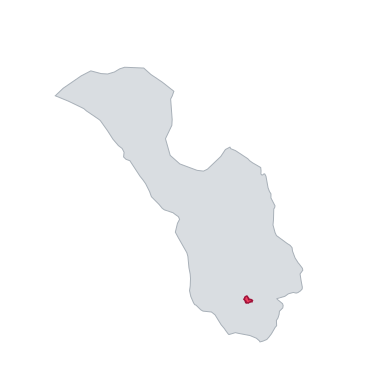 Ozolaines pag., Rezeknes, Latvia (highlighted), rotated 51°
{"feature_id": "27541924B10395676921147", "entity_name": "Ozolaines pag.", "entity_type": "district", "adm_level": 2, "iso_a3": "LVA", "parent_name": "Latvia", "parent_adm1": "Rezeknes", "projection": "robinson", "projection_center": [27.268, 56.437], "detail": "fine", "context": "in_parent", "style": "filled", "palette": "rose", "viewbox_px": 384, "rotation_deg": 51, "n_neighbors": 0, "source": "geoboundaries", "source_scale": "gbopen_adm2", "svg_char_len": 3394}
<svg xmlns="http://www.w3.org/2000/svg" viewBox="0 0 384 384"><g transform="rotate(51 192 192)"><path d="M281.2,260.8L278.9,260.5L272.5,258.7L267.1,256.0L263.9,252.5L258.3,247.6L254.7,245.1L248.9,242.0L239.4,235.7L235.9,234.2L218.9,231.4L212.7,230.2L207.2,223.0L205.4,218.8L202.6,218.1L199.5,219.0L196.2,219.8L188.5,224.7L186.0,225.4L181.2,225.4L170.1,226.5L165.0,224.7L156.3,222.8L151.5,222.5L147.3,222.5L128.6,220.6L125.1,222.7L121.7,223.1L118.4,219.8L114.3,218.9L109.6,220.0L101.2,220.2L91.3,219.1L78.7,218.3L76.8,218.7L62.6,223.0L59.1,223.6L43.6,230.9L31.2,237.7L30.3,226.8L32.0,205.1L34.2,194.4L42.8,188.1L47.2,183.3L49.9,176.8L50.8,170.7L52.7,165.8L65.3,151.5L74.8,150.0L87.8,146.0L102.3,142.7L104.9,146.9L106.3,150.1L123.2,161.8L127.5,165.7L133.9,179.1L149.8,185.9L162.5,183.8L168.1,180.5L178.4,174.4L183.0,169.9L184.0,165.6L182.5,147.2L180.0,139.3L181.0,134.3L182.8,134.6L187.1,132.2L201.2,127.7L204.0,127.5L207.3,126.6L216.2,123.2L219.0,125.0L221.3,127.1L222.6,127.1L223.3,126.3L223.1,125.0L223.7,124.1L226.3,124.6L236.5,130.2L240.4,131.5L243.1,131.8L246.3,134.4L255.0,136.2L256.1,137.5L256.7,139.2L264.9,146.2L268.6,149.8L275.8,153.0L279.0,153.8L291.7,150.5L295.3,149.3L298.3,149.3L301.2,151.1L308.1,153.4L314.3,154.1L315.4,154.0L320.7,154.2L322.5,155.1L323.7,159.6L329.7,163.1L335.3,166.1L336.7,167.4L337.1,170.1L336.8,173.1L336.1,174.7L333.8,176.5L331.8,181.1L331.5,185.5L328.3,193.1L329.0,193.3L335.8,191.9L337.7,192.7L339.2,194.4L339.7,199.1L341.9,201.3L344.1,204.6L344.9,207.2L349.2,210.4L349.5,212.4L352.2,219.5L353.2,223.6L353.7,226.7L352.5,230.8L351.3,233.5L350.0,233.3L346.1,234.0L340.0,237.3L330.9,245.0L328.6,246.8L326.2,252.6L325.6,253.2L320.3,253.0L318.9,252.8L313.5,252.9L302.0,251.4L297.5,252.4L291.5,258.4L289.2,259.3L282.4,260.1L281.2,260.8Z" fill="#d9dde1" stroke="#a8b0b8" stroke-width="1"/><path d="M313.4,213.4L313.2,213.6L312.9,213.8L312.7,213.8L312.5,214.0L312.4,214.1L312.2,214.4L312.0,214.5L311.9,214.6L311.8,214.8L311.7,214.9L311.7,215.1L311.6,215.3L311.6,215.5L311.4,215.7L311.2,215.6L310.9,215.5L310.8,215.4L310.7,215.4L310.5,215.2L310.4,215.1L310.3,214.9L310.0,215.0L309.8,215.0L309.7,215.1L309.4,215.0L309.2,215.0L309.2,214.9L308.9,214.9L308.6,214.8L308.4,214.8L308.1,214.7L307.9,214.7L307.6,214.7L307.5,214.8L307.2,215.1L307.1,215.3L307.2,215.6L307.1,215.8L307.1,216.1L307.1,216.5L307.0,217.1L307.2,217.3L307.3,217.4L307.3,217.5L307.5,217.8L307.7,218.0L307.8,218.1L307.9,218.3L308.0,218.3L308.0,218.5L308.0,218.8L307.9,218.8L307.9,219.1L308.0,219.2L308.3,219.2L308.5,219.1L308.8,219.1L309.0,219.1L309.3,219.1L309.5,219.0L309.9,219.0L310.1,219.0L310.3,219.2L310.3,219.3L310.5,219.4L310.8,219.5L310.8,219.4L310.9,219.5L311.0,219.5L311.0,219.4L311.0,219.5L311.3,219.6L311.5,219.8L311.8,219.9L312.0,219.8L312.2,219.7L312.3,219.6L312.5,219.5L312.4,219.3L312.3,219.2L312.2,219.0L312.4,219.0L312.4,218.9L312.5,218.9L312.8,218.8L313.1,218.7L313.3,218.5L313.5,218.4L313.7,218.2L313.7,217.9L313.7,217.7L313.7,217.4L313.7,217.2L313.8,217.0L313.8,216.9L313.8,216.7L313.9,216.3L313.9,216.2L313.9,215.9L314.0,215.9L314.0,215.7L314.3,215.6L314.3,215.4L314.3,215.2L314.4,214.9L314.5,214.8L314.4,214.8L314.4,214.7L314.5,214.6L314.8,214.6L314.8,214.3L314.8,214.1L314.7,214.0L314.7,213.9L314.5,213.7L314.4,213.7L314.3,213.4L314.2,213.4L314.2,213.5L314.2,213.4L313.9,213.5L313.7,213.4L313.4,213.4L313.4,213.4Z" fill="#f43f5e" stroke="#9f1239" stroke-width="1.5"/></g></svg>